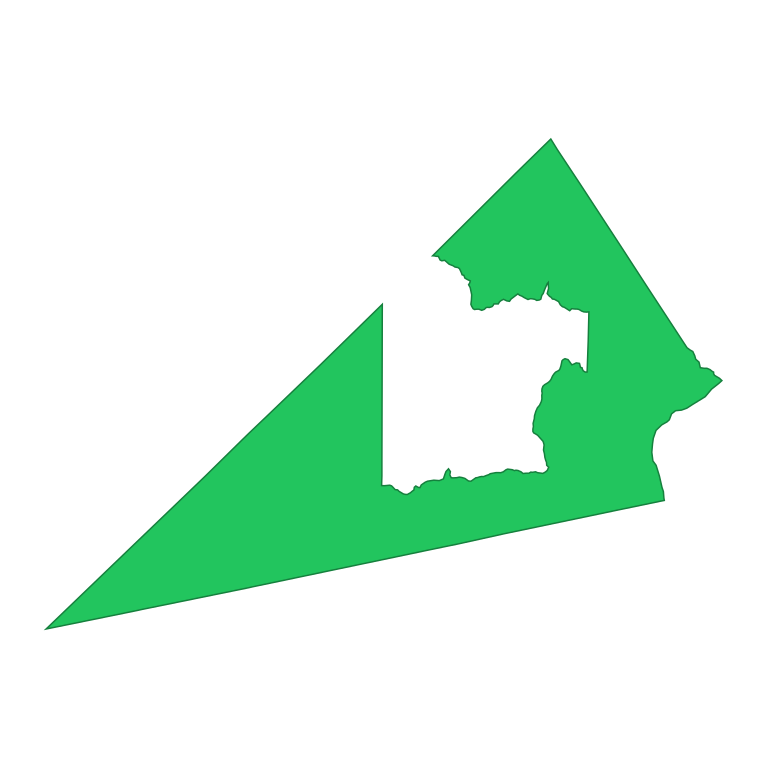 outline of Xinguara, Pará, Brazil
{"feature_id": "56859067B29477018640245", "entity_name": "Xinguara", "entity_type": "district", "adm_level": 2, "iso_a3": "BRA", "parent_name": "Brazil", "parent_adm1": "Pará", "projection": "natural_earth1", "projection_center": [-49.485, -6.849], "detail": "fine", "context": "isolated", "style": "filled", "palette": "green", "viewbox_px": 768, "rotation_deg": 0, "n_neighbors": 0, "source": "geoboundaries", "source_scale": "gbopen_adm2", "svg_char_len": 3418}
<svg xmlns="http://www.w3.org/2000/svg" viewBox="0 0 768 768"><path d="M46.1,629.0L138.1,610.3L141.6,609.5L249.2,587.6L252.6,586.8L296.7,577.6L330.6,570.5L425.3,550.7L442.2,547.2L458.3,543.9L503.9,533.8L616.5,510.3L664.3,500.4L663.9,498.1L663.4,491.6L662.0,487.4L659.4,476.0L656.1,465.3L652.9,460.9L651.8,452.3L652.5,444.1L653.3,438.3L656.0,430.4L661.7,424.9L665.0,423.0L667.0,421.9L669.3,419.8L671.6,413.8L675.6,410.7L681.5,410.1L686.8,408.2L692.5,404.5L705.2,396.7L711.6,389.1L718.7,383.5L721.9,380.6L719.5,378.3L714.6,375.4L713.7,374.0L713.6,372.1L712.1,371.3L710.0,369.6L707.0,368.3L704.2,368.3L700.3,367.7L699.0,362.1L695.7,359.2L694.8,355.9L692.8,351.5L690.1,350.0L687.0,347.7L646.5,285.8L621.3,247.0L581.3,185.8L557.4,149.7L550.8,139.0L516.3,172.7L432.6,255.8L434.3,255.9L436.1,256.3L438.4,256.4L440.1,260.0L441.8,260.8L444.7,260.3L449.1,264.2L453.2,265.8L454.9,267.0L458.1,267.6L459.5,268.7L461.2,272.3L462.1,274.8L463.9,275.4L464.9,278.1L467.5,279.6L470.3,280.9L469.8,282.8L468.6,284.7L470.2,287.6L471.7,294.8L471.4,300.3L470.9,304.3L471.6,306.1L473.1,308.7L474.5,309.5L476.7,309.2L478.9,309.2L481.7,310.3L484.4,309.3L486.1,307.6L487.5,307.3L489.3,307.5L491.9,306.7L493.0,305.6L494.0,303.9L498.3,303.9L499.4,302.0L500.7,300.8L503.5,299.3L506.8,300.9L509.5,301.3L511.1,299.0L517.8,293.9L519.7,295.3L521.8,296.1L524.2,297.6L528.0,299.5L530.3,298.7L532.0,298.8L534.8,299.3L536.7,300.4L539.3,300.0L540.8,299.2L541.8,295.4L543.2,293.5L544.5,289.9L547.2,283.6L548.3,282.4L548.3,285.3L548.6,288.3L547.2,293.6L549.5,296.3L551.1,297.3L552.4,299.0L554.4,299.3L558.6,301.6L560.3,304.8L562.4,306.7L564.3,307.3L565.9,308.3L569.7,310.7L571.7,308.7L574.6,309.0L577.5,309.1L579.1,309.5L581.7,311.1L583.9,311.9L586.5,312.1L588.9,311.9L588.2,341.1L587.1,372.0L585.3,372.1L583.3,370.9L582.5,369.4L582.0,367.7L580.5,367.4L579.5,363.4L576.2,362.9L574.0,364.0L571.8,364.8L569.1,361.0L568.0,359.6L565.0,358.7L563.2,359.6L562.0,360.8L560.9,366.0L559.9,369.0L558.9,370.4L555.5,372.2L554.0,373.9L552.5,376.1L551.0,379.5L549.6,381.3L547.8,382.8L544.6,384.7L542.9,386.3L542.0,388.8L541.8,391.2L542.2,393.1L541.8,395.3L541.9,398.9L541.3,401.6L539.6,405.2L537.4,407.8L535.8,411.4L534.5,415.8L534.3,418.7L533.1,423.4L533.4,426.6L532.9,429.0L532.9,431.4L533.7,432.9L535.5,433.9L537.6,435.2L543.1,441.4L544.1,444.9L543.5,450.0L544.4,453.6L544.9,457.4L545.7,460.3L546.5,462.3L546.7,465.3L548.7,467.2L547.2,470.5L545.4,472.0L542.9,473.4L539.9,473.0L537.6,472.7L535.6,471.8L532.5,472.3L530.8,472.1L529.0,473.2L526.1,473.2L523.0,473.5L521.0,471.8L518.0,470.5L515.9,470.2L514.4,470.6L512.3,469.7L507.7,469.1L506.1,469.7L503.3,471.8L500.8,472.7L498.5,472.6L496.1,472.6L490.2,473.7L488.9,474.6L486.3,475.5L483.6,476.6L481.5,476.5L479.5,476.9L477.4,477.6L475.8,477.8L471.0,481.2L468.5,481.0L464.9,478.4L461.9,477.5L459.4,477.1L456.6,477.7L453.0,477.9L451.2,477.7L449.8,474.9L450.4,471.6L448.5,468.8L446.0,471.5L445.0,474.1L443.4,478.9L439.3,480.6L433.8,480.2L427.5,481.2L425.2,482.2L421.3,484.9L420.0,487.6L418.3,487.4L415.8,486.0L414.3,487.3L413.9,490.0L412.0,491.4L410.4,492.8L408.7,493.7L407.3,494.5L405.5,494.4L403.5,494.0L399.0,491.3L397.6,489.9L395.1,489.6L393.1,487.4L391.6,485.9L389.8,485.2L384.5,485.7L381.6,485.6L381.9,475.8L381.9,463.7L381.9,459.2L382.3,304.3L352.3,333.6L320.9,364.3L268.9,414.2L249.4,432.8L242.5,439.5L205.6,475.8L182.7,497.8L112.9,564.8L105.0,572.4L46.1,629.0Z" fill="#22c55e" stroke="#15803d" stroke-width="1.5"/></svg>